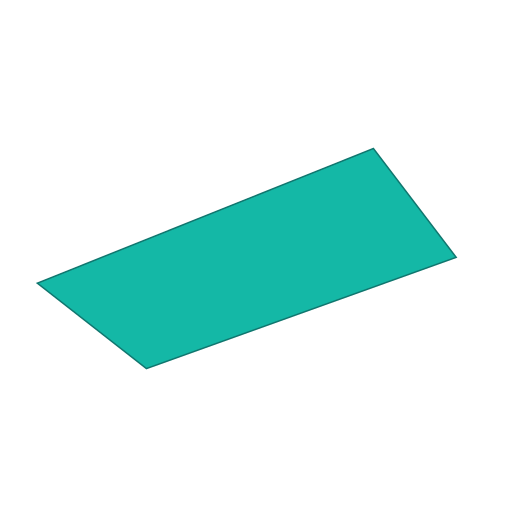 the border of Roche Caïman, rotated 303°
{"feature_id": "SYC-5222", "entity_name": "Roche Caïman", "entity_type": "state/province", "adm_level": 1, "iso_a3": "SYC", "parent_name": "Seychelles", "parent_adm1": "", "projection": "mercator", "projection_center": [55.482, -4.649], "detail": "fine", "context": "isolated", "style": "filled", "palette": "teal", "viewbox_px": 512, "rotation_deg": 303, "n_neighbors": 0, "source": "natural_earth", "source_scale": "10m", "svg_char_len": 229}
<svg xmlns="http://www.w3.org/2000/svg" viewBox="0 0 512 512"><g transform="rotate(303 256 256)"><path d="M114.1,87.4L410.1,295.9L363.9,424.6L101.9,225.4L114.1,87.4Z" fill="#14b8a6" stroke="#0f766e" stroke-width="1.5"/></g></svg>